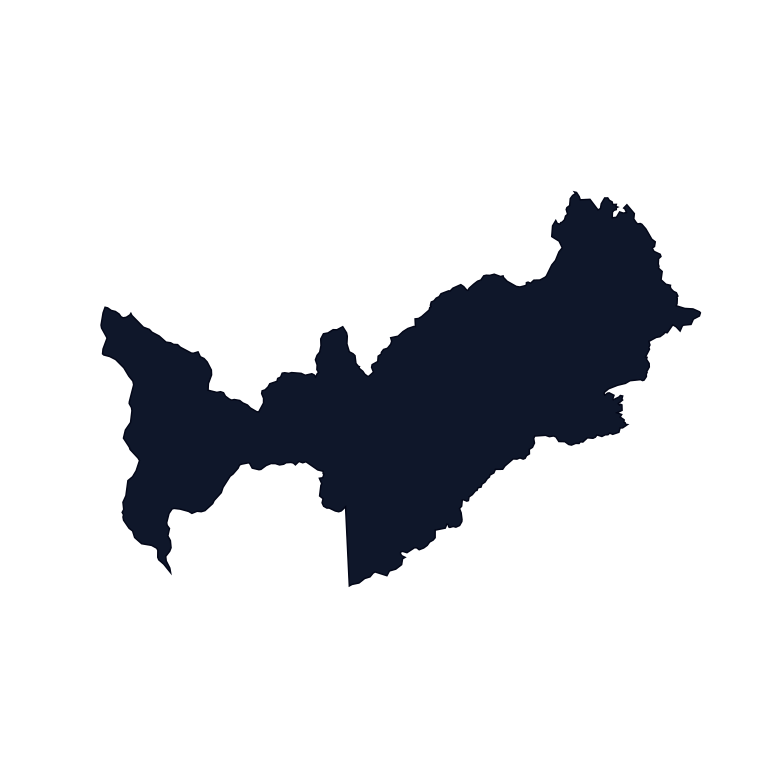 the district of Cocorná, Antioquia, Colombia, rotated 104°
{"feature_id": "7082276B66928007387737", "entity_name": "Cocorná", "entity_type": "district", "adm_level": 2, "iso_a3": "COL", "parent_name": "Colombia", "parent_adm1": "Antioquia", "projection": "mercator", "projection_center": [-75.166, 5.993], "detail": "fine", "context": "isolated", "style": "filled", "palette": "ink", "viewbox_px": 768, "rotation_deg": 104, "n_neighbors": 0, "source": "geoboundaries", "source_scale": "gbopen_adm2", "svg_char_len": 6167}
<svg xmlns="http://www.w3.org/2000/svg" viewBox="0 0 768 768"><g transform="rotate(104 384 384)"><path d="M151.6,243.5L151.6,245.7L152.9,244.2L155.4,246.6L159.1,248.1L165.9,247.0L168.6,249.2L170.6,249.4L174.9,246.9L177.1,248.5L180.9,248.6L183.9,250.3L184.6,251.5L186.4,252.1L186.3,254.7L183.8,256.9L189.8,258.7L200.4,256.9L203.0,248.7L208.7,244.0L213.5,246.2L222.6,247.5L227.9,250.0L240.0,252.6L241.4,253.5L245.4,257.9L247.0,263.7L250.8,266.2L250.3,268.7L250.8,269.8L251.5,270.4L252.7,269.8L254.2,270.4L257.0,275.6L257.3,279.3L254.5,289.4L251.7,293.8L250.3,294.6L251.5,296.9L250.8,303.6L253.0,307.6L253.7,311.1L254.9,313.4L259.7,315.2L261.6,318.1L265.4,321.1L270.4,324.5L272.9,325.3L273.0,326.3L270.2,330.2L269.0,333.5L274.4,340.4L277.7,342.3L278.0,343.9L282.6,350.5L286.0,351.7L288.0,354.1L291.4,355.8L293.0,358.0L296.5,358.0L297.6,357.0L298.7,358.1L301.3,358.1L309.5,363.8L312.1,366.4L313.3,369.6L320.7,367.4L321.0,369.0L324.3,374.2L328.5,378.2L334.2,381.9L337.5,388.7L340.6,386.9L343.8,387.1L348.5,389.3L350.6,392.8L353.9,394.2L355.6,393.9L358.4,396.4L363.7,395.5L368.1,400.2L370.8,400.1L375.0,397.1L380.2,400.6L380.5,401.8L379.1,405.1L376.8,407.6L375.1,411.2L374.1,412.3L373.1,412.1L373.2,412.9L370.8,416.2L363.5,419.0L362.1,421.4L361.1,425.5L354.0,429.7L346.5,431.2L343.4,432.7L338.4,437.9L342.8,442.8L343.6,446.5L348.0,450.7L349.9,454.9L355.6,456.3L362.0,454.4L368.6,454.1L372.4,455.9L377.1,456.4L381.7,453.5L386.3,452.6L388.6,450.2L389.9,451.2L393.8,452.1L392.1,453.9L391.5,456.5L394.6,462.6L393.7,466.9L395.3,476.5L396.7,478.9L397.1,483.1L398.1,485.4L402.3,486.0L404.3,488.5L407.3,488.5L411.4,494.9L414.9,495.8L418.5,498.0L420.1,500.6L422.9,500.4L427.0,497.4L431.6,496.3L441.4,498.8L441.7,500.7L439.6,507.9L437.4,511.4L436.5,516.5L434.9,520.0L435.3,525.6L436.5,527.9L436.1,530.3L434.2,534.9L431.3,537.6L431.0,540.7L432.6,544.2L432.6,553.2L426.0,554.5L416.9,553.5L412.2,554.9L405.4,560.9L402.8,564.8L402.0,568.8L397.8,572.2L400.3,576.4L400.6,578.4L397.6,590.5L395.7,593.8L396.5,597.8L395.6,601.0L396.1,605.6L391.8,613.8L389.9,621.6L387.8,624.9L387.1,631.2L378.5,645.2L376.7,646.7L378.5,647.3L381.6,650.2L382.9,653.1L382.4,655.4L380.2,657.9L378.6,662.2L378.6,666.5L377.0,670.5L377.0,673.2L382.9,673.8L395.3,672.8L398.0,671.6L406.4,663.8L418.0,665.1L422.8,664.4L423.6,663.0L423.7,656.8L425.2,650.3L431.2,640.4L438.1,633.5L441.9,628.4L445.3,626.7L462.9,626.8L464.6,626.5L468.0,623.3L470.9,622.1L482.6,620.6L491.2,623.8L499.6,623.7L506.8,615.9L509.0,614.5L515.3,604.8L517.4,602.7L528.2,603.5L534.8,605.5L539.7,609.1L554.8,607.4L561.9,608.7L568.7,606.2L571.9,607.0L573.9,605.1L576.2,605.1L579.2,603.7L585.7,596.4L587.4,592.4L593.3,588.8L597.6,580.5L596.8,570.5L598.3,564.8L600.1,563.2L606.9,561.6L609.1,560.0L612.1,554.1L618.7,545.4L614.4,547.3L608.4,552.5L604.1,554.1L598.2,551.5L594.4,551.0L587.6,553.4L583.7,557.0L576.1,557.2L573.6,560.2L571.2,561.3L561.7,561.3L556.5,559.4L555.5,557.6L554.7,551.5L554.9,542.7L556.0,539.1L552.7,534.6L552.1,530.4L550.2,527.1L541.5,521.3L538.1,520.6L528.8,515.6L523.3,515.2L510.7,511.0L507.9,508.7L501.0,505.2L497.6,504.6L496.3,502.9L493.2,496.3L493.6,495.1L497.5,491.5L497.4,484.6L496.6,482.7L491.6,478.6L488.5,474.4L487.5,470.0L487.8,465.8L486.1,461.9L484.1,460.0L482.6,455.3L482.6,452.8L483.9,450.4L479.7,447.8L480.1,443.8L478.3,440.9L483.4,427.5L483.4,421.9L485.7,421.4L485.9,420.4L489.8,420.8L491.1,423.9L495.8,420.3L497.7,420.7L508.2,419.4L510.0,415.4L514.3,415.3L517.2,413.0L518.2,409.4L517.6,407.2L519.0,400.6L518.9,397.0L517.4,394.7L512.4,391.6L588.3,368.8L586.2,366.5L583.1,360.1L577.4,355.7L574.5,350.9L570.1,348.8L568.5,347.2L569.3,334.8L564.1,333.5L560.8,327.8L555.0,323.2L549.1,323.7L547.1,321.6L546.4,324.9L545.1,326.7L543.6,327.2L542.5,326.7L541.9,325.4L542.1,320.9L535.5,314.8L535.0,312.7L536.3,309.8L533.5,305.8L530.1,303.0L526.3,301.5L523.6,298.6L520.8,297.2L513.4,299.0L509.0,289.7L504.8,289.1L504.7,287.9L507.0,286.6L507.2,285.4L505.5,282.4L505.5,279.6L503.0,276.4L498.7,275.2L496.7,275.5L490.3,278.0L486.6,280.6L483.8,279.1L477.6,280.0L477.1,279.0L477.6,275.3L476.7,273.9L473.0,274.2L470.0,271.5L465.5,269.4L464.7,268.0L461.9,267.7L460.6,264.9L457.4,264.7L454.8,262.3L450.9,260.9L448.7,259.2L446.9,259.3L443.7,255.9L439.9,255.3L438.0,248.2L434.3,246.8L425.4,240.5L424.7,236.8L422.8,234.2L423.2,230.8L422.0,229.1L419.1,228.4L416.6,226.0L412.3,227.2L409.5,224.6L404.9,223.7L400.6,225.6L398.0,225.1L394.7,214.8L395.1,210.8L393.4,207.0L393.8,204.4L397.5,200.4L396.2,194.6L398.0,190.2L397.9,187.3L395.2,183.6L394.5,180.3L392.6,179.6L392.2,177.0L387.0,173.6L386.1,168.1L384.5,166.1L381.9,165.0L382.2,159.9L379.8,157.1L379.0,154.4L377.0,153.1L377.5,149.9L374.0,144.4L369.6,144.3L368.8,141.8L364.5,138.0L364.7,139.6L363.2,140.7L363.0,142.0L360.7,142.3L358.9,146.9L356.1,146.0L355.6,151.1L352.0,146.6L346.7,148.1L346.5,149.7L347.5,150.4L346.4,152.0L341.8,148.6L341.2,149.5L337.9,149.5L338.0,151.9L339.8,152.9L343.8,157.7L343.0,158.4L339.3,158.1L338.1,163.3L338.8,164.9L341.4,167.0L340.1,168.2L338.6,168.0L334.3,164.9L328.7,157.0L325.0,149.9L321.3,146.1L317.7,136.2L318.1,133.9L317.3,132.6L313.3,131.2L310.8,131.9L309.2,131.5L308.8,132.1L303.3,130.7L299.9,131.7L296.5,135.3L294.5,135.2L294.5,136.8L286.0,134.8L284.4,135.9L281.8,135.4L278.6,137.3L272.9,131.1L271.3,127.6L267.5,124.5L266.1,124.3L265.7,121.5L256.7,118.1L257.9,114.2L261.0,109.5L255.6,108.6L254.5,107.8L251.9,100.5L246.2,99.5L241.7,94.4L238.4,94.2L237.6,95.3L236.4,102.3L237.9,110.4L237.4,119.4L235.1,119.1L229.7,120.2L229.0,121.1L227.6,120.1L224.7,122.4L224.1,125.4L222.3,128.4L220.7,129.7L218.9,129.9L219.0,134.6L215.8,140.4L207.5,141.3L205.2,145.6L203.3,145.7L201.2,146.9L196.0,147.9L193.3,146.1L191.3,147.4L190.0,154.1L187.8,156.2L186.9,156.4L185.2,154.8L180.4,155.2L178.7,159.2L170.2,167.4L166.6,172.5L166.3,174.2L167.3,176.6L166.5,178.1L163.4,181.6L158.1,182.3L151.3,191.7L155.3,194.0L155.8,192.6L159.0,190.2L160.3,193.2L160.0,197.0L166.0,198.8L167.5,202.8L161.9,203.9L159.8,202.8L158.6,200.8L156.6,201.2L155.8,200.1L155.6,202.0L153.5,202.0L154.5,205.4L152.1,206.7L151.3,209.7L149.3,211.9L150.1,214.9L156.6,216.8L161.4,216.4L163.3,218.5L155.0,228.8L157.8,238.1L154.9,240.0L151.6,243.5Z" fill="#0f172a" stroke="#020617" stroke-width="1.5"/></g></svg>